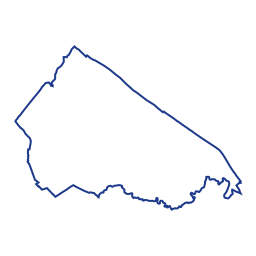 Iaslovat, Suceava, Romania
{"feature_id": "2599482B36355944921749", "entity_name": "Iaslovat", "entity_type": "district", "adm_level": 2, "iso_a3": "ROU", "parent_name": "Romania", "parent_adm1": "Suceava", "projection": "albers", "projection_center": [25.985, 47.761], "detail": "fine", "context": "isolated", "style": "outline", "palette": "blue", "viewbox_px": 256, "rotation_deg": 0, "n_neighbors": 0, "source": "geoboundaries", "source_scale": "gbopen_adm2", "svg_char_len": 5831}
<svg xmlns="http://www.w3.org/2000/svg" viewBox="0 0 256 256"><path d="M239.6,179.9L236.4,175.8L236.1,175.3L235.6,174.6L235.1,173.5L234.2,172.7L232.9,170.8L230.3,166.9L225.2,158.2L222.8,154.4L220.2,151.0L219.1,149.8L215.6,147.3L200.9,137.6L195.1,133.6L191.5,130.9L189.4,129.7L188.4,128.8L182.4,124.7L178.0,121.5L177.2,121.2L175.5,119.8L172.7,117.7L165.5,112.9L163.9,111.6L163.0,112.3L158.4,108.6L154.2,104.9L146.5,100.1L137.6,93.2L132.9,90.0L129.7,87.0L126.1,83.9L120.2,77.9L115.3,74.2L111.1,70.7L108.5,68.7L104.4,65.9L95.3,60.5L92.5,59.4L91.7,58.8L90.9,58.4L89.6,57.5L88.5,56.4L87.0,55.4L86.3,56.4L86.1,56.7L80.7,51.6L79.2,50.0L78.3,49.3L77.2,48.8L76.0,47.9L74.5,46.4L71.6,49.4L70.8,51.4L68.8,54.9L67.6,55.6L66.9,57.2L64.4,57.0L63.6,57.1L63.8,61.0L63.7,62.0L62.9,63.3L61.3,65.7L59.9,67.0L57.8,68.3L56.7,70.5L56.1,73.0L55.3,74.0L55.1,75.2L55.2,76.4L55.1,78.6L55.0,79.0L54.6,79.6L53.7,80.4L51.2,83.2L51.7,83.5L51.8,84.1L52.2,84.6L52.7,85.0L52.7,85.3L52.5,85.6L52.6,86.1L52.0,85.9L51.4,85.9L50.8,85.5L50.7,85.0L51.0,84.6L50.9,84.3L50.6,84.0L49.4,83.4L48.8,82.5L45.7,83.0L43.2,85.9L42.1,86.9L41.3,88.2L40.8,89.2L40.3,89.9L39.8,90.2L39.3,91.2L34.5,96.9L26.8,106.5L19.5,115.9L19.0,116.1L17.1,119.0L15.9,120.3L15.4,121.1L15.4,121.3L15.8,121.9L17.2,123.7L17.7,124.5L18.6,125.6L19.6,126.7L20.2,127.5L20.8,128.1L21.0,128.0L22.9,129.7L23.1,130.0L23.6,130.4L24.6,132.1L24.9,132.8L25.8,134.2L27.4,135.7L27.8,136.3L29.4,137.6L30.0,138.6L30.8,140.7L30.7,142.3L30.5,144.0L29.9,146.7L29.8,148.2L29.4,149.4L28.1,149.4L27.9,150.7L27.9,151.6L28.0,152.9L27.9,153.4L28.2,155.3L28.4,155.3L28.5,155.6L28.4,156.0L28.0,156.8L28.3,157.9L28.2,158.3L28.0,158.9L27.8,159.5L27.8,159.8L28.2,160.1L28.3,160.2L28.2,160.6L28.1,160.9L28.2,162.0L27.9,162.0L28.7,163.5L29.1,163.7L30.4,167.1L33.5,175.7L34.9,179.7L38.5,182.5L36.1,184.1L38.4,186.5L38.7,186.2L42.0,189.7L46.9,188.1L50.0,191.3L52.7,194.2L52.9,194.4L53.1,194.3L55.4,196.8L63.7,191.4L66.2,189.9L70.4,186.9L73.2,185.2L78.0,187.8L84.2,190.8L89.0,192.8L90.9,192.3L91.2,192.4L92.7,193.0L93.2,193.0L93.8,192.9L94.1,193.0L94.7,193.8L96.1,195.1L96.6,195.2L97.8,196.7L98.6,197.3L99.1,195.1L99.4,194.4L99.7,194.1L100.8,193.3L101.2,192.8L101.6,192.6L102.1,192.4L103.3,192.6L103.5,192.4L103.6,192.0L103.8,191.0L104.5,190.3L106.0,190.0L106.3,189.8L106.6,189.5L107.0,188.0L107.3,187.2L107.7,186.8L108.1,186.5L109.5,185.9L110.5,185.8L111.0,186.0L111.4,186.3L112.0,186.6L112.4,186.7L113.3,186.4L114.0,185.9L114.8,185.7L117.3,185.4L118.8,185.1L119.5,185.1L121.6,185.6L122.0,185.9L122.1,186.3L121.8,186.9L121.8,187.2L124.0,189.2L124.5,189.9L124.5,190.4L124.3,191.2L124.3,191.7L124.5,192.1L124.6,192.5L125.9,193.2L126.2,193.6L127.6,194.0L128.6,194.1L130.7,193.4L131.7,193.3L132.2,193.4L132.3,193.6L132.1,195.2L132.1,195.9L132.7,197.3L132.9,197.5L133.3,197.8L133.6,198.0L133.8,197.9L134.2,197.5L134.5,197.4L136.4,198.0L137.8,197.6L138.5,197.7L138.7,198.1L138.8,198.7L139.0,199.1L139.6,199.2L140.4,199.1L141.1,199.4L142.1,199.2L142.6,199.3L142.7,199.5L142.6,200.1L143.0,200.5L143.3,200.6L143.7,200.6L144.4,200.2L145.6,199.9L147.4,200.3L148.6,200.8L149.2,200.9L152.9,200.9L153.7,201.2L154.4,201.3L154.9,201.2L155.3,201.0L155.9,200.3L156.1,199.9L156.4,198.3L156.5,198.1L157.0,198.0L157.4,198.1L157.7,199.4L157.7,200.0L157.2,200.7L157.2,201.6L157.3,202.4L157.8,203.1L158.5,203.6L159.2,203.7L159.9,203.2L160.0,203.0L160.0,202.7L159.9,202.1L160.0,201.5L160.9,200.8L161.6,200.7L161.9,200.8L162.4,201.0L162.7,201.4L163.0,202.0L163.1,202.5L163.3,202.8L164.3,203.0L164.7,203.1L165.1,203.6L165.3,203.9L165.4,204.4L165.3,205.3L164.9,205.7L164.5,205.8L164.4,206.0L164.7,206.6L165.2,206.7L167.1,205.8L167.4,205.9L167.6,206.1L167.0,206.6L166.9,207.1L167.1,207.4L167.4,207.4L167.8,207.4L168.2,207.1L169.3,206.1L169.8,206.1L170.1,206.5L171.2,209.1L171.5,209.4L171.9,209.6L172.1,209.5L172.3,209.0L172.5,208.9L173.7,208.8L174.6,208.3L175.0,208.2L176.2,208.5L177.3,208.3L178.3,207.8L178.9,207.0L179.0,206.6L179.2,206.4L179.5,206.4L180.5,207.0L181.2,206.9L181.4,206.7L181.5,206.5L181.7,205.4L181.9,205.1L183.1,204.6L184.6,203.2L185.4,202.9L186.0,202.8L186.9,202.4L187.2,202.4L188.1,203.0L188.6,203.1L188.8,203.1L189.4,202.5L189.6,202.5L190.5,202.6L191.3,202.5L191.9,202.0L192.6,201.7L193.9,200.2L193.9,199.3L194.6,198.5L194.8,197.7L194.8,197.4L194.4,197.1L194.0,197.1L193.9,197.3L193.8,198.0L193.7,198.1L193.2,198.1L192.9,197.6L192.9,196.8L191.7,195.7L190.8,194.2L190.6,193.9L190.6,193.7L191.1,193.0L191.6,192.7L191.9,192.8L192.7,193.3L193.2,193.9L193.5,194.1L193.8,194.2L194.5,194.1L195.1,193.4L195.2,193.2L195.4,192.4L195.5,191.9L196.0,191.3L196.9,191.3L198.0,191.6L198.7,192.0L199.3,191.9L201.1,189.7L201.6,188.5L201.8,188.2L202.5,187.8L203.8,187.3L204.1,187.1L204.8,184.2L205.0,183.7L205.1,183.0L204.9,182.4L205.0,181.6L205.5,180.9L205.6,180.4L205.9,180.0L206.0,179.7L206.0,179.0L206.5,178.3L206.6,177.9L206.5,177.5L206.3,177.1L206.3,176.9L208.4,176.8L209.0,177.0L209.3,177.5L209.3,178.5L209.4,178.9L209.7,179.4L210.2,179.8L210.6,179.8L211.6,179.2L213.0,179.3L214.1,179.2L214.8,179.4L215.4,180.1L216.1,180.7L216.8,180.9L217.9,181.1L218.3,181.4L218.5,181.8L218.5,182.2L218.1,183.0L218.1,183.3L218.6,184.3L218.8,184.5L219.3,184.3L220.3,183.2L222.1,181.8L223.0,181.0L223.0,180.4L222.9,179.6L222.6,178.9L222.8,178.4L223.1,178.2L223.7,178.2L224.6,178.8L225.1,179.1L225.5,179.8L226.1,180.5L228.5,181.4L228.7,181.6L228.9,182.1L229.3,183.7L229.0,185.3L228.1,187.8L226.7,191.4L225.3,193.5L224.5,194.4L224.3,194.7L224.2,195.9L224.2,196.5L224.4,197.0L225.2,197.9L228.0,198.4L228.3,198.3L228.8,198.0L229.7,197.0L230.1,196.6L231.3,194.8L232.5,194.2L232.6,193.9L232.7,193.3L232.1,191.3L232.2,189.7L232.6,189.7L234.0,190.5L235.3,191.1L236.0,191.6L238.5,192.4L240.6,193.4L239.7,191.5L239.5,190.4L239.0,189.3L236.4,185.5L237.7,184.2L238.6,183.5L239.2,183.2L240.5,182.9L239.7,181.9L240.6,181.4L239.6,179.9Z" fill="none" stroke="#1e3a8a" stroke-width="2"/></svg>